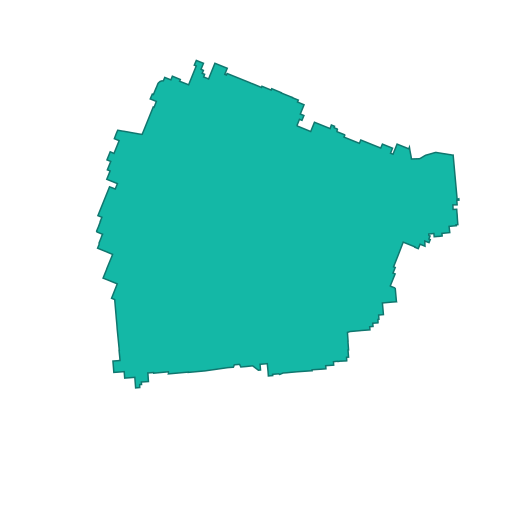 outline of Cunderdin, Western Australia, Australia, rotated 292°
{"feature_id": "25037944B27165515239628", "entity_name": "Cunderdin", "entity_type": "district", "adm_level": 2, "iso_a3": "AUS", "parent_name": "Australia", "parent_adm1": "Western Australia", "projection": "albers", "projection_center": [117.202, -31.613], "detail": "fine", "context": "isolated", "style": "filled", "palette": "teal", "viewbox_px": 512, "rotation_deg": 292, "n_neighbors": 0, "source": "geoboundaries", "source_scale": "gbopen_adm2", "svg_char_len": 5371}
<svg xmlns="http://www.w3.org/2000/svg" viewBox="0 0 512 512"><g transform="rotate(292 256 256)"><path d="M349.6,104.9L345.3,104.9L343.1,104.9L341.8,104.9L339.4,104.9L337.1,104.9L335.3,104.9L333.4,104.9L331.2,104.9L330.2,104.9L328.4,104.9L327.6,104.9L327.4,104.8L326.2,104.9L326.1,104.7L325.9,104.3L325.8,104.1L325.8,103.8L325.7,103.5L325.6,103.0L325.4,102.2L325.1,100.9L324.9,99.7L324.6,98.4L324.3,97.0L323.7,94.2L323.0,90.7L322.6,88.9L322.3,87.4L321.7,85.0L321.2,82.5L320.8,80.7L320.7,80.7L318.7,80.6L316.8,80.6L311.7,80.7L311.7,80.8L311.7,85.9L309.0,85.9L308.9,85.9L306.9,85.9L306.5,85.9L302.0,85.9L297.9,85.9L298.0,81.8L289.3,81.8L289.3,85.9L280.2,85.9L280.2,88.9L271.2,88.9L271.2,100.4L265.4,100.4L265.3,94.3L234.2,94.3L234.2,98.6L229.8,98.6L229.8,98.8L225.3,98.9L225.3,99.0L221.9,98.9L221.7,98.9L219.6,98.9L219.3,98.9L219.2,99.0L218.9,99.3L218.8,99.5L218.7,99.6L218.7,99.8L218.7,100.9L218.7,102.5L218.7,104.7L218.7,105.6L217.0,105.5L214.6,105.6L212.7,105.6L209.3,105.6L209.2,105.6L208.9,105.8L208.5,106.0L208.2,106.1L207.9,106.2L207.7,106.2L207.3,106.2L205.2,106.2L203.9,106.2L203.8,122.4L201.8,122.5L188.3,122.4L187.9,122.5L178.2,122.5L178.2,137.8L162.7,137.9L162.7,141.3L154.0,145.7L148.9,148.3L145.9,149.8L140.1,152.8L136.6,154.5L117.3,164.6L117.2,164.4L108.6,168.9L108.4,169.0L108.3,168.9L108.2,168.9L108.1,168.7L108.0,168.8L105.0,162.7L94.8,167.8L99.4,177.1L93.6,180.0L98.1,189.1L88.6,193.8L90.5,197.5L93.2,196.3L94.0,198.0L96.2,196.9L99.3,203.3L105.9,200.1L107.0,199.5L109.6,204.7L109.0,205.0L115.8,218.1L114.0,219.0L113.9,219.0L123.0,236.7L122.7,236.8L130.4,251.8L133.2,256.6L135.1,259.9L141.9,271.6L144.4,276.7L145.4,276.7L146.8,276.6L147.1,276.9L149.3,281.2L149.3,281.5L149.1,281.7L148.5,282.3L148.4,282.5L147.4,283.5L150.0,288.6L152.9,294.0L151.0,301.0L152.0,302.9L157.1,300.3L160.4,306.8L159.4,307.3L153.7,310.3L149.4,312.4L151.4,316.3L152.5,315.7L155.3,321.2L155.0,322.3L157.7,325.0L159.2,328.1L161.4,332.3L163.8,337.0L164.2,337.8L168.5,346.6L170.3,350.3L170.6,351.0L171.5,350.6L173.2,354.1L175.8,359.5L177.6,363.1L180.4,361.7L183.9,368.9L187.0,367.4L188.9,370.9L188.8,371.4L190.5,374.3L190.5,374.6L190.9,375.4L191.7,377.1L192.4,378.7L192.5,378.9L192.8,379.4L196.0,377.9L196.9,379.7L203.3,376.5L203.6,377.0L211.3,373.2L211.4,373.3L219.4,369.4L221.2,371.5L226.0,380.9L226.1,381.0L230.2,389.3L233.0,387.9L234.5,390.9L237.4,389.4L239.7,394.1L240.2,394.0L242.6,392.9L242.9,392.8L243.0,392.9L243.4,393.7L247.2,391.8L249.4,396.1L259.8,390.8L263.4,397.8L264.2,399.3L266.2,403.4L266.3,403.3L278.4,397.1L278.5,397.1L278.4,397.1L278.4,396.9L278.4,393.6L278.4,391.8L278.5,391.7L291.5,391.7L291.5,389.4L297.5,389.4L297.5,387.6L310.9,387.5L324.0,387.3L324.0,400.0L323.6,400.0L323.6,403.7L328.4,403.7L328.4,409.0L328.8,408.8L333.1,406.9L333.2,411.4L336.5,411.4L336.5,409.9L339.7,409.9L339.7,408.6L341.1,407.9L343.5,412.5L340.6,414.0L341.4,415.6L342.5,417.7L342.6,417.9L342.6,418.1L344.3,421.1L346.6,419.9L350.3,426.9L355.8,423.9L359.1,430.3L359.9,429.8L360.7,431.4L365.9,428.8L369.5,427.1L372.0,425.8L374.5,424.6L373.0,421.3L377.1,419.4L377.4,420.0L378.4,422.5L378.8,423.3L382.9,421.3L383.5,422.5L383.8,423.2L384.8,422.7L385.0,422.6L384.8,422.4L384.7,422.2L384.4,421.8L384.3,421.4L384.2,421.1L423.2,401.1L423.4,401.0L423.2,400.5L423.0,399.7L422.8,398.4L422.4,397.0L421.9,394.7L421.6,393.4L420.8,390.1L420.4,388.2L420.0,386.6L419.6,384.7L419.4,383.9L419.0,383.3L418.0,382.0L416.8,380.5L415.5,378.8L414.7,377.8L413.8,376.6L413.2,375.8L413.0,375.6L412.9,375.5L411.8,374.6L410.2,373.4L408.6,372.2L407.8,371.5L407.7,371.4L407.4,371.1L407.3,370.9L407.1,370.4L406.7,369.5L404.8,365.2L404.2,363.8L405.5,363.0L406.5,362.4L408.2,361.3L409.9,360.2L411.6,359.1L412.8,358.4L414.3,357.5L412.6,357.5L412.6,344.9L401.7,344.9L401.7,342.2L407.1,342.2L407.1,331.3L402.8,331.2L402.8,309.7L399.2,309.7L399.2,303.7L399.2,299.0L399.2,293.6L399.2,293.4L399.2,293.1L399.7,293.0L401.1,293.1L401.4,293.0L401.5,292.9L401.6,292.7L401.6,292.4L401.6,284.8L401.6,284.7L401.8,284.4L402.0,284.2L403.7,284.1L403.8,284.1L404.0,284.0L404.1,283.9L404.2,283.6L404.2,280.9L404.2,280.5L404.3,280.4L404.5,280.2L405.7,280.2L405.7,277.4L405.7,277.2L405.7,276.8L401.9,277.0L401.9,266.2L401.9,262.9L401.9,261.3L401.9,260.8L401.9,260.1L391.9,260.1L392.0,245.1L391.9,245.1L397.9,245.1L398.0,245.1L399.0,245.1L399.0,247.8L404.2,247.8L404.2,243.9L404.7,243.9L414.2,243.9L414.3,236.8L416.4,236.8L416.4,230.5L416.6,230.5L416.6,218.2L416.9,218.2L417.0,207.9L415.5,207.9L415.6,197.9L414.3,197.9L414.4,190.5L414.4,187.9L414.4,187.5L414.3,186.9L414.3,186.6L414.3,186.2L414.4,185.8L414.4,185.6L414.4,180.9L414.4,176.2L414.4,174.3L414.4,173.6L414.4,171.5L414.4,169.7L414.4,167.9L414.4,165.8L414.4,163.1L414.4,161.1L414.4,160.9L414.2,160.8L412.7,160.8L412.7,159.0L419.3,159.0L419.3,145.8L419.3,145.7L402.4,145.7L402.4,140.4L405.2,140.3L405.2,137.7L408.4,137.7L408.5,135.1L415.0,135.1L415.0,127.4L409.8,127.3L409.8,129.4L389.5,129.4L389.4,119.7L391.3,119.7L391.4,111.1L387.4,111.1L387.4,104.5L383.8,104.5L383.5,104.1L383.2,103.3L382.8,102.7L382.7,102.7L382.4,102.3L382.2,102.1L382.1,101.9L381.9,101.8L381.9,101.7L380.9,101.2L380.4,100.9L379.9,100.7L379.6,100.6L379.3,100.5L379.1,100.5L378.8,100.5L373.8,100.5L373.8,100.4L367.3,100.4L367.3,99.2L362.0,99.1L362.0,105.7L355.7,105.8L355.7,105.6L355.7,105.2L355.7,104.9L354.8,104.9L353.5,104.9L351.6,104.9L349.6,104.9Z" fill="#14b8a6" stroke="#0f766e" stroke-width="1.5"/></g></svg>